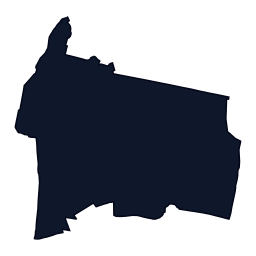 outline of Tamaseu, Bihor, Romania
{"feature_id": "2599482B83424539586543", "entity_name": "Tamaseu", "entity_type": "district", "adm_level": 2, "iso_a3": "ROU", "parent_name": "Romania", "parent_adm1": "Bihor", "projection": "orthographic", "projection_center": [21.899, 47.224], "detail": "fine", "context": "isolated", "style": "filled", "palette": "ink", "viewbox_px": 256, "rotation_deg": 0, "n_neighbors": 0, "source": "geoboundaries", "source_scale": "gbopen_adm2", "svg_char_len": 4935}
<svg xmlns="http://www.w3.org/2000/svg" viewBox="0 0 256 256"><path d="M62.9,232.5L62.5,230.8L62.4,229.9L62.4,229.5L62.6,229.3L63.7,229.5L64.1,229.6L64.6,229.7L65.4,229.8L66.4,229.9L67.1,230.1L69.6,230.5L69.0,228.8L68.4,227.4L67.7,225.3L66.9,223.4L66.4,221.8L66.3,221.7L65.8,220.0L65.5,219.4L65.3,218.9L65.7,217.4L66.3,217.5L69.8,218.0L70.0,218.0L70.5,218.1L76.0,219.0L76.3,218.8L73.8,215.1L93.4,203.0L96.2,206.7L96.4,206.6L97.2,206.3L98.1,206.0L104.4,203.9L106.0,203.5L107.5,203.1L108.4,202.7L108.9,202.4L113.7,201.9L113.7,202.1L113.8,206.9L113.9,215.2L115.6,216.1L116.5,216.3L117.0,216.3L120.1,216.4L122.2,216.4L122.8,216.3L123.9,216.2L124.8,216.2L131.6,215.4L133.0,215.2L133.4,215.3L134.0,215.3L136.1,215.4L136.8,215.4L137.7,215.5L138.0,215.5L138.4,215.6L143.3,216.9L148.1,218.0L151.7,218.6L152.2,218.9L155.3,219.1L156.7,218.6L157.9,218.2L159.2,217.8L159.8,217.5L160.1,217.2L161.4,216.2L162.3,215.4L162.6,215.0L163.3,213.6L163.6,212.3L164.8,212.2L165.0,211.5L165.0,210.6L165.1,208.7L164.9,208.6L164.8,208.0L165.4,207.6L166.0,206.9L166.8,206.5L167.7,205.9L168.2,205.3L168.7,204.7L169.7,204.1L170.2,203.9L171.0,203.8L173.2,204.2L175.3,204.7L175.4,204.8L176.5,206.4L177.2,207.4L179.6,208.5L179.4,209.1L185.9,210.1L188.9,210.6L192.3,211.1L192.5,211.1L193.2,211.2L194.3,211.4L194.9,211.5L195.7,211.6L197.0,211.8L197.5,211.9L203.1,212.8L204.5,213.1L209.3,214.0L215.8,215.7L221.5,217.1L225.2,218.1L226.6,218.5L227.9,218.8L228.9,219.1L229.0,219.1L230.4,214.4L230.8,212.7L231.7,207.3L235.2,190.9L235.3,189.9L235.4,188.9L235.6,187.6L235.6,186.9L235.4,186.7L235.5,185.7L235.7,185.3L235.9,184.1L236.3,182.7L236.6,181.4L236.7,180.7L236.9,180.2L237.0,180.0L237.0,179.5L237.1,179.1L237.2,178.6L237.4,177.3L237.5,176.7L237.4,176.7L237.7,175.3L237.6,175.1L237.7,174.0L237.7,172.9L237.8,171.7L237.8,170.8L237.9,170.6L238.1,169.6L238.2,169.4L239.0,167.9L239.1,167.7L239.2,166.7L239.5,162.0L239.5,161.0L239.3,157.3L239.1,154.2L239.0,151.5L238.9,149.7L239.0,149.4L239.5,146.4L240.2,143.7L240.5,141.9L240.6,141.2L240.2,141.0L238.6,140.2L236.9,139.3L235.4,138.6L234.7,138.0L233.5,136.9L231.9,135.5L230.0,133.8L228.4,132.4L227.9,132.0L227.5,131.7L226.7,125.4L225.9,119.2L225.9,116.2L226.1,111.5L226.2,108.3L226.3,106.5L226.5,99.6L226.6,98.9L228.5,99.2L228.6,98.5L228.7,97.9L228.7,97.4L228.8,97.1L226.3,96.6L220.1,95.3L215.7,94.4L214.7,94.2L213.7,94.0L210.3,93.4L204.9,92.2L200.8,91.4L191.3,89.2L182.6,87.5L166.6,84.2L163.0,83.5L157.5,82.4L149.0,80.7L144.0,79.7L137.0,78.4L130.8,77.2L119.9,75.1L113.3,73.8L112.6,71.4L114.6,70.2L112.5,62.9L112.2,63.0L110.7,63.4L109.9,63.8L109.3,64.4L108.7,65.2L108.1,65.7L107.3,66.0L106.8,65.9L105.8,65.5L105.0,65.3L104.0,64.9L103.2,64.8L101.9,64.3L100.8,64.1L100.1,64.3L99.5,64.6L99.0,65.1L99.0,64.0L98.9,63.3L98.9,62.8L99.1,62.4L99.6,61.7L99.7,61.2L99.5,60.6L98.3,60.2L97.6,59.2L96.8,58.9L96.5,58.2L96.0,57.6L95.3,56.9L94.5,56.6L93.9,56.4L93.7,56.6L93.3,56.9L92.5,56.9L91.9,57.2L90.8,57.8L90.5,58.2L89.8,59.6L88.8,59.9L87.2,60.2L86.5,60.2L86.1,60.1L81.6,58.8L81.2,58.7L79.9,58.4L79.5,58.3L74.9,57.1L72.7,56.6L72.4,56.5L70.9,56.1L69.4,55.7L67.9,55.4L65.2,54.6L65.2,54.4L65.2,53.9L66.3,49.7L66.3,48.9L66.5,48.1L66.8,47.7L67.2,46.0L65.5,45.5L65.8,44.3L67.6,37.8L68.6,38.0L69.8,36.8L70.2,36.3L70.9,34.5L71.0,32.6L70.7,32.2L70.4,31.5L70.6,30.0L70.6,27.7L70.1,25.9L69.3,24.6L67.3,22.4L69.2,20.6L67.8,17.6L67.6,17.1L67.4,17.2L67.1,17.7L66.7,17.8L66.3,17.8L65.1,18.1L62.1,19.1L61.2,20.1L60.1,21.8L58.1,23.9L56.9,25.4L55.5,27.6L54.5,28.8L53.5,30.0L51.7,33.1L50.8,34.4L49.3,37.2L48.8,40.8L48.3,45.0L47.8,48.1L45.1,53.3L41.8,56.7L40.4,58.1L39.0,60.8L37.0,64.6L36.9,65.3L36.4,65.4L36.3,65.8L36.1,66.7L35.8,67.1L35.9,67.6L36.5,68.7L36.7,69.8L36.4,71.2L35.9,72.2L35.6,73.2L35.4,73.5L34.0,74.4L30.3,78.8L26.0,83.6L24.3,85.5L23.7,89.5L22.6,95.5L21.6,101.1L20.5,106.7L20.1,109.5L18.6,110.3L18.3,112.1L17.4,116.5L16.4,121.4L15.4,126.3L15.4,127.6L17.0,130.3L18.1,132.2L18.6,132.6L19.5,132.7L21.1,132.9L22.4,133.5L23.7,134.1L24.4,134.5L25.1,134.6L27.1,134.8L27.9,135.0L28.3,135.6L28.9,136.6L29.3,136.8L30.1,137.0L31.8,137.2L36.2,137.5L36.8,143.4L37.0,146.3L37.1,149.3L37.2,151.5L37.5,154.9L38.0,160.3L38.4,164.2L38.2,166.2L38.0,169.1L38.1,170.6L38.3,172.8L38.9,174.1L39.0,174.4L39.3,177.6L39.6,182.7L39.4,185.3L39.1,189.8L38.6,196.3L38.2,202.4L38.2,203.5L38.0,207.4L38.0,208.6L37.7,211.3L37.6,212.1L37.3,214.8L36.7,220.2L36.3,225.0L36.2,226.4L36.2,228.0L36.4,228.0L36.3,228.3L36.1,229.3L36.0,229.7L35.9,230.1L35.9,230.3L35.8,230.5L35.5,231.8L35.5,232.6L35.5,232.8L35.5,233.1L35.5,233.4L35.4,233.9L35.1,236.2L35.0,236.8L34.6,237.3L34.6,237.5L34.5,238.1L34.5,238.6L35.1,238.8L36.7,238.9L37.1,238.9L38.4,238.9L38.9,238.9L40.2,238.6L41.1,238.4L41.4,238.3L42.9,237.8L44.3,237.5L45.9,237.1L47.1,236.9L48.0,236.6L48.7,236.4L49.5,236.2L50.3,235.9L51.6,235.5L52.0,235.4L52.3,235.3L53.5,234.9L53.8,234.8L54.5,234.5L55.1,234.2L55.7,234.0L56.2,233.8L56.9,233.7L58.2,233.4L60.3,233.0L62.9,232.5Z" fill="#0f172a" stroke="#020617" stroke-width="1.5"/></svg>